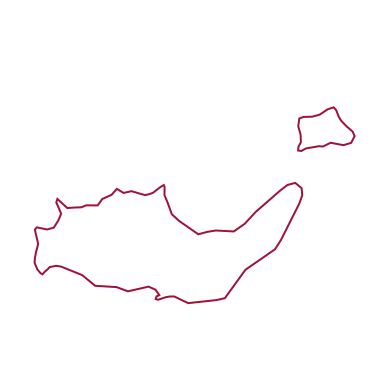 Inagua, Albers equal-area conic projection, rotated 17°
{"feature_id": "BHS-5038", "entity_name": "Inagua", "entity_type": "District", "adm_level": 1, "iso_a3": "BHS", "parent_name": "The Bahamas", "parent_adm1": "", "projection": "albers", "projection_center": [-73.316, 21.237], "detail": "fine", "context": "isolated", "style": "outline", "palette": "rose", "viewbox_px": 384, "rotation_deg": 17, "n_neighbors": 0, "source": "natural_earth", "source_scale": "10m", "svg_char_len": 1325}
<svg xmlns="http://www.w3.org/2000/svg" viewBox="0 0 384 384"><g transform="rotate(17 192 192)"><path d="M72.5,258.2L73.2,251.1L69.1,246.0L65.3,241.8L65.3,238.0L77.4,243.8L84.5,241.1L90.6,239.0L94.7,235.7L105.7,232.4L108.2,225.0L116.0,218.1L119.2,211.0L126.9,212.9L133.9,208.9L144.2,208.8L147.8,208.7L151.3,206.9L154.9,204.2L160.1,196.8L163.0,193.6L164.3,195.2L166.6,203.0L172.2,209.8L179.2,219.2L188.3,223.5L210.4,230.6L218.2,225.7L225.9,221.9L243.5,217.5L251.7,207.0L258.8,192.3L276.0,164.7L281.3,157.3L288.1,153.1L295.7,156.3L298.4,162.9L298.0,171.6L291.1,211.9L288.2,222.4L265.8,250.8L254.5,283.9L247.0,288.2L220.8,299.4L205.6,297.1L201.1,298.5L197.8,300.2L191.0,305.0L188.6,305.0L188.6,302.2L190.9,300.2L185.7,296.1L178.1,295.2L159.8,305.7L147.7,305.0L126.8,310.0L111.3,303.6L88.7,301.6L83.7,302.3L78.0,305.3L76.5,308.1L74.4,311.5L73.1,314.4L70.8,313.9L66.7,311.2L62.2,305.8L61.2,301.7L60.4,295.2L60.1,286.7L53.9,276.0L52.8,273.9L53.9,271.2L64.4,270.2L70.3,266.4L72.5,258.2ZM300.0,111.1L288.1,117.1L284.6,120.8L281.3,121.3L280.6,117.3L281.6,112.7L279.1,105.4L274.4,98.1L273.1,90.4L276.6,87.6L284.8,84.9L291.4,80.8L297.5,73.3L302.8,69.6L306.0,71.6L310.3,77.1L314.0,80.4L321.0,84.2L328.0,87.3L331.2,91.0L329.8,98.5L323.2,102.9L310.1,104.4L304.0,110.2L300.0,111.1Z" fill="none" stroke="#9f1239" stroke-width="2"/></g></svg>